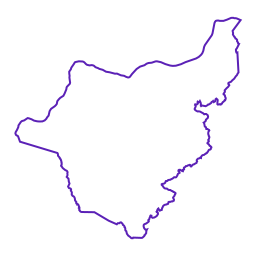 Sento Sé, Bahia, Brazil (Albers equal-area conic projection)
{"feature_id": "56859067B8748211257430", "entity_name": "Sento Sé", "entity_type": "district", "adm_level": 2, "iso_a3": "BRA", "parent_name": "Brazil", "parent_adm1": "Bahia", "projection": "albers", "projection_center": [-41.545, -10.097], "detail": "fine", "context": "isolated", "style": "outline", "palette": "violet", "viewbox_px": 256, "rotation_deg": 0, "n_neighbors": 0, "source": "geoboundaries", "source_scale": "gbopen_adm2", "svg_char_len": 5871}
<svg xmlns="http://www.w3.org/2000/svg" viewBox="0 0 256 256"><path d="M225.2,100.2L225.7,98.7L225.7,98.0L225.1,96.7L224.9,95.5L224.5,94.9L223.6,94.4L223.5,93.9L224.9,91.8L224.7,90.3L226.7,88.1L228.0,87.0L229.3,85.2L229.0,84.6L228.4,84.1L228.3,83.2L228.8,82.7L231.1,81.7L232.2,80.4L234.2,78.7L235.8,76.3L236.7,75.4L237.2,74.7L237.6,73.6L238.5,72.5L237.4,52.6L236.9,52.9L236.5,52.7L236.1,51.7L235.9,49.8L236.1,49.2L236.7,48.6L239.0,44.0L238.5,43.9L238.1,43.4L238.1,42.6L237.1,41.3L237.1,39.9L236.2,38.8L235.4,38.5L234.9,37.2L234.4,36.9L232.9,34.5L233.1,33.1L232.6,30.9L240.6,20.1L236.9,18.5L235.8,18.2L234.3,18.2L233.2,17.8L231.1,17.9L226.9,19.7L223.4,20.9L220.0,20.9L218.1,20.5L216.8,20.6L215.8,20.9L215.1,21.7L214.5,23.0L212.5,33.4L211.8,35.2L204.9,45.1L204.1,47.0L203.3,50.8L202.3,53.2L201.2,54.7L198.8,56.9L196.0,58.5L185.6,62.1L181.0,64.2L175.9,65.7L172.7,65.9L170.0,65.5L165.4,64.1L161.0,62.2L156.9,61.3L155.5,61.4L151.7,62.7L148.5,63.0L146.6,63.7L144.5,65.2L140.1,66.6L136.6,69.0L132.1,73.9L130.0,76.7L129.4,77.2L128.1,77.5L126.2,76.9L124.1,75.8L120.9,75.3L117.0,73.6L115.0,73.7L109.7,72.3L106.0,71.7L102.7,69.8L99.4,68.9L98.2,68.2L95.5,67.2L94.0,65.8L93.1,65.4L91.8,65.1L89.5,65.4L87.0,64.8L86.0,64.1L84.4,62.4L83.5,61.8L82.6,61.5L78.9,61.3L75.2,62.1L74.7,62.6L73.8,64.1L71.3,67.7L70.9,69.2L69.2,71.7L69.3,73.8L69.6,75.8L69.4,77.5L70.1,82.7L69.8,83.8L67.0,86.7L66.6,87.4L66.3,89.4L64.6,93.5L63.4,95.8L60.3,97.8L58.8,99.3L57.3,101.2L56.8,103.9L56.0,105.0L54.8,106.2L51.1,108.8L50.3,110.0L49.6,111.2L48.6,115.6L47.0,117.5L46.4,118.7L44.7,120.4L42.4,121.4L39.3,121.5L37.1,121.3L34.0,120.6L31.6,119.3L28.8,118.3L27.6,118.1L24.2,120.4L21.8,121.1L20.8,122.0L18.5,125.4L18.3,127.1L17.0,129.9L15.7,132.1L15.4,133.3L15.9,134.8L16.8,135.5L17.6,135.8L18.1,136.4L20.0,141.7L57.4,153.0L57.9,154.0L58.0,155.7L59.8,157.8L59.8,158.5L60.8,159.4L61.0,160.6L61.4,161.2L61.4,162.3L61.7,162.8L61.7,163.4L61.5,164.1L61.7,164.8L61.1,165.7L61.3,166.2L62.0,166.9L62.6,167.9L63.5,168.7L65.3,170.1L66.8,170.8L67.4,171.7L67.6,172.2L67.3,173.4L67.5,174.3L67.4,175.6L66.7,176.9L68.5,178.7L68.8,181.5L69.5,183.6L68.1,186.6L69.0,188.1L70.2,188.4L70.7,188.7L71.1,189.3L70.8,190.7L71.4,191.4L71.7,192.1L71.9,192.8L71.7,194.1L71.8,194.8L72.3,195.3L72.5,195.8L73.8,196.5L74.4,197.3L74.8,198.3L75.1,200.5L76.3,202.0L76.2,202.8L76.3,203.4L77.4,203.9L77.3,204.5L77.9,204.5L78.3,204.7L79.3,207.2L78.9,207.5L78.8,208.0L79.4,208.3L79.4,209.3L79.2,209.7L79.3,210.2L79.8,210.5L79.9,211.0L80.4,211.5L81.1,211.9L81.8,212.0L94.4,212.2L108.7,220.7L116.8,224.3L117.8,223.2L119.4,223.2L120.3,222.4L121.1,222.4L122.5,223.7L122.9,224.9L123.4,225.1L124.1,225.8L124.5,226.5L124.5,227.2L125.0,227.5L125.3,228.7L125.3,230.1L125.6,230.6L126.3,231.2L126.9,233.8L127.3,234.2L128.1,235.5L130.4,237.2L131.1,238.0L131.6,238.2L132.8,238.2L133.2,237.6L141.7,237.9L142.4,237.7L144.1,236.2L144.4,235.8L144.4,235.3L144.8,235.1L146.2,233.1L146.2,231.9L146.6,230.1L146.9,229.5L146.0,229.8L145.5,229.7L144.3,228.4L143.7,226.8L143.6,225.8L143.8,224.8L144.4,224.2L146.2,223.5L148.5,221.8L148.8,221.4L148.7,220.7L148.3,220.2L148.5,219.8L149.2,219.3L149.6,217.8L150.1,216.8L150.2,216.1L150.6,215.5L151.4,215.7L151.3,216.4L151.6,217.1L152.5,217.8L154.3,217.5L155.6,216.8L156.9,215.8L158.0,214.0L157.9,212.9L157.5,212.4L156.9,212.2L156.6,211.8L157.1,211.4L157.1,210.4L157.9,208.9L158.4,208.5L159.4,210.5L159.8,210.7L160.4,210.2L161.7,210.0L162.1,208.1L162.5,207.6L163.0,206.2L163.9,205.3L164.8,204.8L166.8,204.4L167.2,204.0L168.1,203.8L168.5,202.1L168.9,201.9L170.3,201.9L171.4,201.4L172.6,201.4L172.9,201.1L173.8,200.7L174.0,199.5L173.3,198.3L173.1,197.5L174.5,195.7L174.9,194.5L175.5,193.7L175.5,193.1L174.4,192.2L173.4,192.0L172.7,191.2L171.6,190.9L170.3,190.0L169.0,190.0L167.8,189.4L166.9,188.6L165.2,188.5L164.5,188.2L163.6,187.3L162.8,186.0L161.7,184.9L161.7,184.2L162.2,183.9L163.8,183.7L164.8,183.1L165.3,182.6L165.5,181.8L165.8,181.1L167.4,180.9L168.2,180.0L170.5,179.7L171.4,179.0L172.4,178.7L174.2,177.2L175.3,177.4L176.2,177.2L177.4,175.4L177.5,174.8L178.0,173.8L179.6,172.8L179.2,171.5L178.5,171.2L178.4,170.7L178.6,170.1L179.1,169.8L180.2,169.8L182.3,171.1L182.9,171.2L182.9,169.9L183.6,169.8L184.1,169.3L183.8,168.1L184.0,167.6L184.8,167.3L185.9,166.1L186.4,166.2L187.0,166.0L187.7,165.5L189.8,164.8L190.2,165.0L190.2,165.7L191.0,166.5L191.4,166.4L191.8,165.7L193.3,164.4L194.1,164.3L195.1,163.6L196.5,162.9L196.8,161.8L197.1,161.4L196.8,160.9L196.7,160.2L197.2,159.4L198.1,158.6L199.4,158.3L200.1,157.7L201.0,158.0L201.1,156.8L202.0,155.6L202.5,155.2L204.2,154.8L204.8,154.2L206.0,153.6L206.3,153.1L206.9,153.0L207.1,152.5L208.0,151.6L208.5,150.4L209.0,149.8L210.1,149.6L210.7,149.2L210.9,148.2L211.4,147.6L211.3,147.0L210.3,146.0L209.7,145.9L209.3,145.4L209.2,144.8L208.7,144.2L207.8,143.7L207.4,143.2L207.6,142.6L208.7,141.6L208.9,141.1L208.2,140.0L208.9,139.0L209.4,137.1L208.8,136.1L208.8,135.4L208.4,134.8L208.2,133.3L208.4,131.9L209.3,130.4L209.0,129.9L208.4,129.7L207.5,129.0L206.3,129.0L206.0,127.3L204.8,126.5L204.2,123.4L203.7,122.6L204.3,122.3L205.8,120.8L205.9,119.7L207.8,117.9L208.1,116.6L207.7,115.2L206.2,114.0L204.8,114.0L204.2,114.3L202.8,113.0L202.2,112.8L200.1,111.6L198.7,111.3L198.0,111.5L197.5,111.4L196.3,110.8L195.1,109.9L194.7,109.3L194.7,108.7L195.7,106.5L195.6,105.3L195.0,104.9L195.2,104.3L195.9,104.3L196.3,104.6L196.9,104.4L197.6,103.9L197.9,103.3L197.5,102.1L197.7,101.6L198.8,102.2L199.3,102.1L199.9,101.1L200.6,102.6L200.9,104.1L200.8,105.7L201.1,106.1L202.0,105.5L205.7,106.2L207.8,105.0L208.1,104.5L209.3,104.3L209.8,104.0L210.3,103.4L210.9,103.2L211.3,102.8L211.6,102.0L212.7,101.5L213.1,101.0L213.8,102.1L215.1,101.3L215.6,99.2L216.3,98.6L217.5,99.6L217.7,100.2L217.4,102.7L217.4,104.2L217.9,104.6L219.7,104.2L220.2,104.6L220.9,104.5L221.2,103.9L222.0,103.6L222.2,103.0L222.8,102.1L223.3,101.9L224.2,101.0L224.7,100.1L225.2,100.2Z" fill="none" stroke="#5b21b6" stroke-width="2"/></svg>